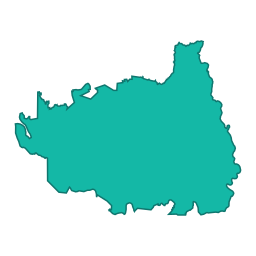 the district of Rosamorada, Nayarit, Mexico
{"feature_id": "50627088B89463158641858", "entity_name": "Rosamorada", "entity_type": "district", "adm_level": 2, "iso_a3": "MEX", "parent_name": "Mexico", "parent_adm1": "Nayarit", "projection": "natural_earth1", "projection_center": [-105.198, 22.15], "detail": "fine", "context": "isolated", "style": "filled", "palette": "teal", "viewbox_px": 256, "rotation_deg": 0, "n_neighbors": 0, "source": "geoboundaries", "source_scale": "gbopen_adm2", "svg_char_len": 5762}
<svg xmlns="http://www.w3.org/2000/svg" viewBox="0 0 256 256"><path d="M127.7,81.5L126.7,79.3L124.4,79.5L124.7,81.2L122.5,80.8L122.8,82.6L117.3,83.4L116.8,90.4L113.6,90.4L104.7,85.0L95.3,88.3L95.8,89.0L96.7,89.1L96.9,89.8L97.7,90.2L97.5,91.4L97.7,92.4L90.7,99.1L80.7,95.7L89.1,91.5L88.5,89.6L90.2,89.4L90.1,86.2L88.7,83.9L87.9,83.4L85.7,84.4L81.4,89.4L78.6,89.9L76.9,89.9L76.2,89.6L72.9,90.0L73.1,91.3L72.8,91.6L71.8,91.3L72.2,95.4L74.4,102.5L67.1,109.0L67.7,107.0L66.8,106.4L65.9,104.2L65.3,103.9L64.6,104.0L64.8,104.5L64.5,105.1L62.8,105.2L62.2,105.6L60.9,105.3L59.9,106.3L59.1,106.0L58.0,106.2L57.1,105.4L57.0,104.7L56.2,105.2L55.3,104.6L54.6,105.0L54.1,106.4L53.4,107.3L52.4,107.4L51.2,108.6L51.1,109.0L50.6,109.0L50.3,108.7L49.5,109.1L49.7,107.6L48.1,107.7L47.8,104.7L48.9,103.4L48.8,101.2L48.4,101.2L48.1,101.9L47.6,101.9L47.5,101.5L46.8,101.3L45.9,104.0L45.4,103.9L45.0,101.9L44.1,101.3L43.7,99.9L43.3,99.6L42.0,99.5L41.8,98.8L41.4,98.7L39.5,95.6L39.7,95.1L41.1,94.8L41.1,93.1L40.1,93.0L39.8,93.4L39.5,93.2L39.3,91.9L37.8,92.1L37.5,118.4L30.9,119.6L30.2,119.4L29.6,118.4L29.7,116.6L29.0,116.5L28.0,117.9L26.8,118.9L24.3,118.3L24.2,115.8L22.4,113.6L22.2,112.9L20.2,113.6L19.5,117.1L20.0,119.2L21.8,121.8L24.1,124.0L24.9,124.3L26.1,126.1L28.5,131.7L30.2,134.2L31.0,136.3L31.2,137.5L29.4,138.5L28.3,137.0L27.0,136.0L26.5,135.9L25.7,135.0L25.8,131.9L25.5,131.4L25.4,129.2L25.0,128.7L24.4,127.0L22.5,125.3L20.3,124.1L17.7,123.6L15.4,123.9L15.7,126.6L15.6,133.0L17.3,138.2L18.8,141.5L20.1,146.0L21.7,147.3L22.9,147.6L23.6,147.3L25.3,148.2L30.3,153.8L32.4,154.2L33.2,153.9L34.5,154.1L35.1,153.8L35.2,153.1L36.1,153.0L38.6,155.1L40.7,155.5L41.8,156.6L43.8,157.1L44.6,158.0L45.1,158.2L45.3,157.7L45.8,157.9L46.3,157.6L47.5,158.2L47.6,180.8L58.9,192.2L66.3,193.0L69.5,187.1L70.0,187.5L71.7,190.5L75.7,191.8L77.9,191.4L78.3,191.0L79.1,190.8L83.9,191.6L87.3,190.3L89.9,190.2L92.6,189.2L93.8,189.4L95.0,190.2L95.7,191.3L96.4,193.9L96.5,196.3L96.7,197.1L97.2,194.8L107.1,201.0L111.6,205.6L111.4,209.7L110.9,209.8L109.9,209.1L109.0,209.9L109.6,210.3L109.3,210.7L110.1,211.0L112.6,213.5L114.6,214.4L115.7,214.4L115.9,213.9L118.5,213.1L121.7,212.6L123.4,213.4L124.2,214.3L124.9,214.0L125.5,212.9L126.1,209.5L126.1,205.8L126.4,204.6L127.3,203.6L129.5,202.8L130.9,203.2L132.2,204.4L132.8,206.9L133.8,209.3L133.9,210.5L134.5,211.5L134.9,210.8L137.5,208.3L151.0,209.8L153.2,207.3L153.9,205.7L158.0,203.9L158.2,204.4L157.8,204.7L158.1,205.2L159.3,205.4L160.1,205.1L160.7,203.8L161.5,203.3L162.3,203.5L162.7,204.3L163.8,205.0L164.0,205.4L164.8,205.5L165.6,203.9L167.3,203.6L168.0,203.1L168.8,200.7L169.4,200.1L170.2,199.9L171.4,200.1L173.3,201.7L174.1,202.4L175.0,204.0L173.7,206.1L174.3,206.9L173.9,207.7L172.8,207.7L172.9,209.0L172.5,209.1L172.4,209.8L171.9,209.7L172.0,210.6L171.5,211.4L168.7,214.3L176.5,214.1L177.9,215.0L185.6,215.0L185.8,214.5L185.4,213.4L186.1,213.1L186.6,211.7L189.6,210.1L190.2,210.2L192.8,207.9L192.8,206.2L193.2,205.6L193.3,205.0L193.1,202.1L193.6,201.6L195.6,202.3L196.3,203.3L198.1,207.6L198.4,211.9L200.9,214.8L203.7,214.2L206.6,212.6L207.3,212.6L208.2,212.9L215.7,212.1L218.3,212.5L220.6,211.2L222.4,211.0L224.1,211.4L225.2,210.9L225.3,209.9L226.6,207.6L227.2,207.5L228.4,206.6L228.9,205.9L229.0,204.5L228.7,204.0L229.1,203.2L229.0,202.0L230.7,197.6L230.8,197.0L231.4,196.2L232.0,196.3L232.8,195.5L233.7,193.6L233.5,192.5L232.6,191.2L229.6,189.4L227.5,187.6L226.6,186.2L226.6,184.8L227.1,184.1L227.8,184.0L229.4,184.9L230.8,185.0L232.1,183.9L232.4,182.9L231.7,181.1L231.6,179.7L231.9,178.8L232.5,178.3L234.6,178.7L236.1,178.5L237.0,177.6L237.4,176.6L236.8,174.1L237.5,173.3L238.3,173.4L239.8,172.5L240.4,171.2L240.6,170.1L239.9,166.9L239.1,165.6L238.3,164.8L236.7,164.0L235.2,164.1L234.3,163.2L233.9,162.2L233.8,161.2L234.3,160.2L234.7,158.5L233.7,157.2L232.9,156.6L232.6,154.4L233.8,151.6L234.5,151.0L235.3,148.3L234.7,146.2L233.9,145.5L231.6,140.6L231.2,137.8L230.3,135.2L227.5,131.5L227.7,130.2L228.4,129.5L229.1,127.6L229.6,127.0L229.3,125.5L228.7,125.2L227.4,125.6L226.8,128.1L226.7,128.4L225.9,128.2L224.7,127.0L224.7,125.4L224.2,124.3L222.2,122.1L221.4,121.5L220.1,118.8L220.5,116.9L220.4,116.5L221.5,114.3L222.0,112.7L220.6,108.8L220.8,107.6L221.7,106.2L221.8,104.5L220.6,102.6L218.9,101.3L217.4,100.9L216.2,101.6L215.0,100.3L212.9,99.8L212.5,99.0L212.9,97.7L210.9,95.0L210.9,93.8L211.7,91.7L211.7,88.9L212.2,86.0L212.1,84.8L212.6,83.5L212.8,81.5L212.3,80.6L212.3,79.9L211.7,78.6L209.5,76.9L208.3,73.7L208.5,71.9L207.5,70.8L207.2,71.3L207.0,70.9L206.8,70.0L208.1,67.3L208.5,65.0L207.3,63.5L205.7,63.0L204.7,62.7L203.6,63.1L201.7,63.3L201.0,63.0L199.2,58.2L199.2,56.5L199.7,55.3L197.7,53.3L198.2,52.5L199.0,52.4L199.5,51.9L200.3,50.3L200.8,48.0L201.9,46.8L202.5,45.5L203.0,43.6L202.8,42.7L203.2,41.6L201.3,41.0L199.6,41.6L197.7,41.2L196.4,41.6L196.1,42.6L195.3,42.6L193.8,43.7L192.5,43.4L191.5,43.7L190.3,43.1L189.8,44.4L188.3,45.5L187.3,45.2L185.9,46.3L184.7,45.1L183.8,45.2L182.8,44.8L181.7,43.6L180.0,43.6L179.1,42.5L178.4,43.5L177.9,44.9L177.0,45.3L176.2,45.3L175.2,45.9L175.0,47.0L175.6,47.2L175.7,47.4L174.9,48.4L174.8,50.0L174.3,50.6L175.1,51.4L175.4,52.8L174.1,54.3L174.5,55.0L174.2,55.6L174.6,56.4L174.5,58.5L174.9,60.8L173.9,61.3L174.2,61.6L174.3,62.5L173.9,62.7L174.5,63.3L174.6,65.3L174.2,66.1L173.6,69.7L173.6,72.3L172.5,73.4L172.2,73.4L171.0,74.9L170.5,76.2L169.7,76.7L169.1,77.8L168.2,78.0L167.6,79.3L166.5,79.4L166.5,80.0L165.6,81.0L164.3,83.2L163.9,83.4L163.3,83.1L162.8,83.7L161.6,84.4L160.5,84.1L159.3,83.1L157.6,84.4L157.3,84.2L157.0,82.6L155.5,81.4L155.4,80.5L154.6,81.3L150.6,80.5L149.1,79.8L148.9,79.3L147.9,80.0L143.5,78.6L142.9,77.6L143.0,76.9L142.9,76.8L142.7,77.6L142.9,78.0L142.5,78.0L140.9,77.1L139.7,77.3L131.9,76.2L132.0,79.3L129.8,79.2L127.7,81.5Z" fill="#14b8a6" stroke="#0f766e" stroke-width="1.5"/></svg>